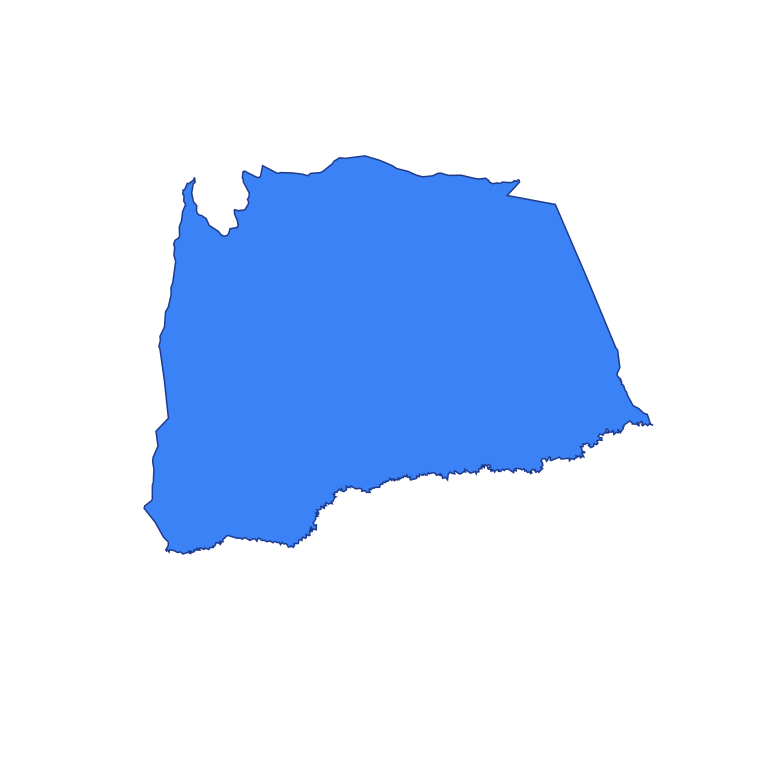 Bosconia, Cesar, Colombia, rotated 294°
{"feature_id": "7082276B36091945670485", "entity_name": "Bosconia", "entity_type": "district", "adm_level": 2, "iso_a3": "COL", "parent_name": "Colombia", "parent_adm1": "Cesar", "projection": "robinson", "projection_center": [-73.906, 9.931], "detail": "fine", "context": "isolated", "style": "filled", "palette": "blue", "viewbox_px": 768, "rotation_deg": 294, "n_neighbors": 0, "source": "geoboundaries", "source_scale": "gbopen_adm2", "svg_char_len": 6159}
<svg xmlns="http://www.w3.org/2000/svg" viewBox="0 0 768 768"><g transform="rotate(294 384 384)"><path d="M495.7,126.9L492.8,127.0L487.6,124.1L487.3,122.7L480.4,122.9L479.2,121.4L477.9,122.6L476.0,122.5L474.5,124.8L469.7,126.6L467.2,129.8L459.7,129.9L450.5,132.7L444.4,133.0L436.0,137.1L433.7,136.9L430.3,134.7L426.4,134.9L423.4,137.3L416.4,139.6L411.3,143.8L390.3,149.9L385.3,150.2L379.1,153.2L366.4,155.7L361.0,155.1L347.0,160.2L336.3,160.0L332.8,162.0L326.7,163.1L325.0,165.0L298.1,181.8L265.0,201.0L248.1,194.9L235.3,202.8L223.0,202.9L219.1,204.2L212.6,208.4L200.3,213.3L197.2,213.6L184.7,219.1L183.1,219.2L175.3,215.0L172.9,215.4L164.6,231.2L154.3,245.0L152.0,251.2L148.6,252.6L143.8,252.1L142.9,253.2L144.2,253.8L143.1,256.0L145.4,255.5L146.4,260.1L146.1,264.1L147.6,266.0L147.7,267.8L146.8,269.2L150.7,273.7L152.3,273.9L151.5,275.5L150.4,275.2L150.5,276.4L152.7,276.1L152.2,277.3L153.8,278.9L155.2,277.9L155.6,279.9L157.6,279.7L157.7,280.7L156.5,281.6L157.5,283.5L158.5,282.2L159.6,282.7L159.5,286.4L160.5,287.3L161.3,286.8L161.6,291.4L163.6,291.3L165.3,294.7L166.4,293.8L167.3,295.3L170.9,295.1L171.2,297.2L171.9,297.6L170.9,299.7L172.3,299.9L173.4,298.4L174.2,301.1L176.6,300.0L179.5,301.7L180.5,301.4L182.2,303.2L183.3,312.4L184.9,315.5L184.5,317.4L187.2,319.6L186.6,325.1L189.1,327.2L190.1,329.3L188.7,331.8L191.9,331.8L192.5,332.7L191.3,335.6L192.6,338.5L192.2,341.0L194.4,344.0L193.8,347.0L195.9,348.5L195.8,351.2L196.6,352.8L195.2,354.8L197.9,355.5L197.1,357.6L198.2,358.9L198.0,360.4L196.2,362.9L197.1,364.7L198.5,365.4L197.8,367.6L200.2,367.9L201.7,366.7L203.4,370.6L206.5,369.7L207.7,370.3L207.6,372.6L210.8,371.8L211.2,375.1L212.4,375.5L214.9,374.1L214.9,376.9L215.6,377.9L218.1,376.3L223.6,375.3L222.8,376.7L219.4,377.3L220.1,378.3L222.6,378.1L223.3,381.4L227.8,379.5L226.7,378.1L228.0,375.9L233.0,376.5L235.5,375.2L236.2,377.4L238.4,374.2L239.1,374.8L238.0,376.6L238.8,377.2L240.3,376.2L241.4,373.9L243.8,377.3L246.5,376.3L246.0,379.9L247.4,379.7L248.3,378.3L249.5,380.8L250.7,379.2L252.0,379.2L251.8,382.3L253.6,383.9L253.6,385.4L255.3,384.0L256.1,385.0L260.3,385.1L261.3,386.0L261.2,384.1L263.2,383.9L262.6,382.6L265.0,382.9L265.9,385.0L269.6,385.7L269.0,387.9L271.0,387.7L269.1,390.1L269.6,391.2L272.0,392.7L275.3,391.3L274.6,393.0L276.0,394.1L275.6,395.4L277.4,395.6L276.7,400.8L279.1,404.8L278.7,406.9L277.1,407.3L278.9,410.4L277.9,412.2L279.3,415.4L281.9,413.3L282.5,415.4L284.5,415.8L284.8,417.4L286.1,418.1L287.8,422.0L291.0,421.6L292.0,423.6L293.8,423.0L294.6,425.5L296.1,425.2L296.6,427.1L298.9,428.0L300.0,427.6L299.1,430.1L300.4,429.6L301.1,431.7L300.0,431.8L300.0,433.1L301.3,433.1L301.9,435.5L303.5,435.3L303.0,436.6L304.4,436.3L304.3,437.7L306.3,438.6L306.2,439.5L307.9,439.5L308.3,442.0L310.1,441.9L308.6,443.4L309.6,445.9L308.7,445.5L307.2,447.4L310.5,451.6L312.0,452.3L313.2,451.4L313.7,454.0L316.0,453.2L316.4,456.7L318.2,457.1L317.7,459.1L318.4,460.4L321.0,460.5L320.5,462.0L323.2,465.4L323.2,467.2L321.9,469.0L325.0,472.2L324.5,473.1L323.4,472.5L323.7,474.7L321.7,475.9L323.7,478.4L322.3,481.0L327.2,479.5L330.4,479.9L330.0,482.2L330.8,485.2L332.5,483.8L333.8,484.7L332.6,487.8L332.8,490.4L336.6,492.7L336.7,494.2L338.9,492.7L337.8,499.4L341.1,502.9L339.5,504.8L341.4,504.5L342.4,506.4L344.9,505.0L346.5,507.8L348.1,506.5L348.4,508.0L350.0,506.7L350.3,507.7L348.8,509.5L351.4,509.1L350.9,511.5L352.8,512.1L352.9,513.7L351.7,515.2L350.0,512.7L349.1,513.0L348.7,514.5L349.7,516.3L348.0,516.9L348.5,518.2L349.7,517.9L350.1,518.7L348.6,520.9L350.2,520.9L351.7,522.4L352.2,523.9L350.8,524.1L351.6,526.1L354.4,527.0L353.9,529.1L355.2,529.4L356.8,531.9L355.8,538.4L359.2,537.8L358.1,540.7L359.8,538.9L360.7,539.2L362.0,543.3L361.6,544.6L363.4,546.5L361.7,548.0L362.8,548.9L361.6,550.9L362.9,552.7L361.8,554.5L362.9,555.2L364.4,553.6L366.6,554.7L366.4,556.1L367.3,557.0L366.1,557.2L365.1,558.7L367.2,560.0L366.3,561.4L371.4,563.2L371.3,561.1L374.1,562.3L376.8,560.5L377.2,558.7L380.1,559.1L381.4,561.6L379.6,564.1L384.6,564.7L384.6,565.9L382.1,566.8L382.0,567.8L388.5,573.9L387.5,576.4L391.5,583.3L389.3,584.6L392.0,585.6L392.6,588.6L394.4,588.7L395.1,589.9L396.5,588.7L396.7,591.5L398.2,591.9L396.6,593.8L398.5,594.4L398.7,596.1L401.6,592.7L402.7,595.1L403.4,595.2L403.3,592.1L405.7,590.7L406.7,588.9L407.7,591.3L410.3,590.2L410.6,592.2L412.6,593.3L412.5,596.5L411.0,595.8L410.1,598.9L412.3,600.8L415.0,600.1L415.1,602.9L416.8,603.5L418.7,601.6L420.5,603.5L421.1,606.0L423.6,604.7L422.7,602.9L423.2,601.1L426.1,601.5L426.3,604.9L428.9,605.1L430.3,608.3L431.7,605.4L432.9,605.2L433.6,606.8L431.4,609.0L433.0,611.9L434.6,612.2L431.4,614.6L434.2,615.8L434.9,618.2L437.2,616.3L437.4,617.6L435.8,619.8L440.7,620.7L441.8,619.6L442.8,620.5L444.1,619.9L450.1,623.6L449.5,626.4L448.5,627.0L450.1,631.4L449.5,633.8L450.2,633.9L451.7,631.3L452.5,633.6L454.7,634.6L454.1,635.7L451.5,636.2L451.1,637.3L454.0,638.9L453.2,641.8L455.3,642.5L455.7,646.6L456.0,643.6L463.3,636.9L462.9,633.1L465.2,626.8L465.5,620.3L472.8,611.0L475.6,608.6L476.1,607.0L479.6,603.9L480.6,602.1L480.2,601.1L483.1,600.0L483.3,598.2L484.6,598.4L486.0,594.4L487.9,592.8L495.1,592.7L510.0,583.6L511.2,581.2L562.6,527.1L617.7,467.5L606.3,419.8L623.6,425.7L625.1,424.6L625.0,423.4L623.0,422.6L622.8,420.2L621.9,420.5L619.6,418.0L616.5,410.0L614.1,408.1L613.8,405.7L611.2,401.9L611.3,398.2L612.4,397.3L613.3,393.1L610.2,387.9L608.8,383.8L606.1,369.6L600.7,357.8L599.9,350.6L598.5,347.7L593.9,343.7L589.0,335.1L588.0,329.1L588.0,319.3L586.0,308.2L586.8,302.7L586.6,289.1L584.6,273.7L574.4,256.9L572.6,251.5L567.5,247.9L563.8,247.1L553.3,241.6L551.1,239.7L546.6,231.4L543.2,229.5L542.6,224.4L539.4,214.1L535.4,204.3L533.1,200.8L534.1,184.3L523.7,186.7L521.6,185.8L521.1,183.2L521.8,169.8L520.5,168.9L514.5,170.8L513.7,172.2L511.5,173.2L503.7,183.2L500.4,184.5L497.0,184.2L495.5,186.1L493.4,186.9L486.5,186.0L483.0,180.2L482.6,176.9L481.9,176.5L478.4,178.5L473.5,183.6L469.3,186.4L467.0,185.9L463.3,180.2L458.0,180.9L455.9,180.3L454.0,177.8L454.0,174.6L456.1,170.6L457.8,159.8L462.7,154.4L463.7,148.9L463.1,146.4L464.0,144.2L465.8,142.3L470.7,140.4L473.1,135.7L480.1,130.7L489.2,128.3L491.4,129.4L495.7,126.9Z" fill="#3b82f6" stroke="#1e3a8a" stroke-width="1.5"/></g></svg>